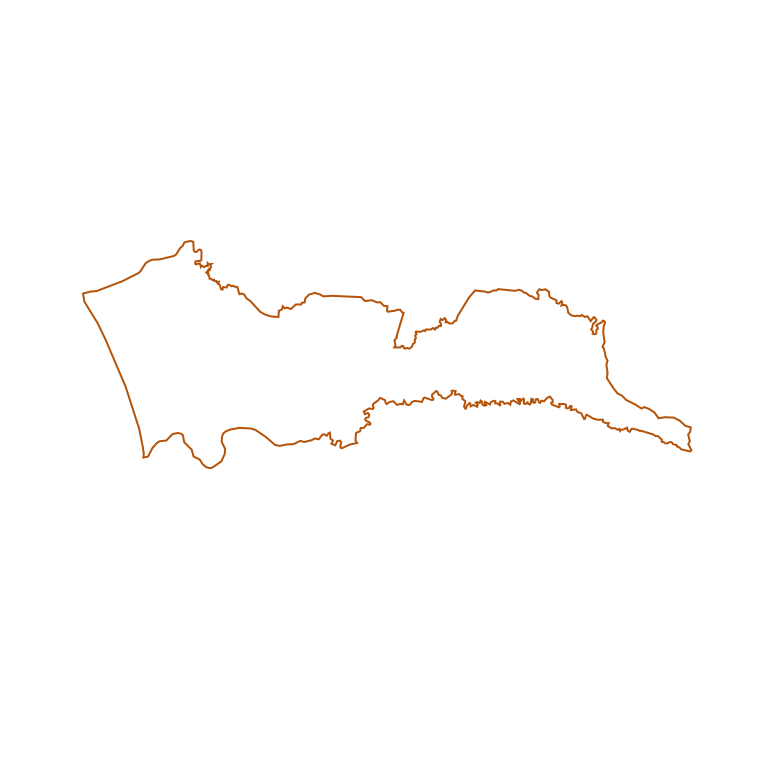 Gio Linh, Quảng Trị, Vietnam (Albers equal-area conic projection), rotated 195°
{"feature_id": "81297802B57271723433997", "entity_name": "Gio Linh", "entity_type": "district", "adm_level": 2, "iso_a3": "VNM", "parent_name": "Vietnam", "parent_adm1": "Quảng Trị", "projection": "albers", "projection_center": [106.934, 16.913], "detail": "fine", "context": "isolated", "style": "outline", "palette": "amber", "viewbox_px": 768, "rotation_deg": 195, "n_neighbors": 0, "source": "geoboundaries", "source_scale": "gbopen_adm2", "svg_char_len": 6146}
<svg xmlns="http://www.w3.org/2000/svg" viewBox="0 0 768 768"><g transform="rotate(195 384 384)"><path d="M586.5,452.1L588.0,450.3L591.1,451.3L591.3,449.9L593.2,452.9L596.6,450.9L597.6,451.3L597.9,453.6L592.8,455.8L592.5,456.6L594.6,464.9L595.8,466.2L597.3,466.1L599.2,463.1L601.1,462.7L602.3,463.7L605.0,471.9L606.9,472.2L609.4,471.4L613.5,469.1L614.2,465.3L616.0,462.7L618.3,455.3L620.1,453.3L632.9,446.3L638.9,444.5L641.9,442.8L645.4,439.2L648.5,429.6L650.0,427.5L663.4,415.5L685.8,399.3L691.2,397.4L698.1,393.5L694.8,386.1L676.1,368.4L664.3,354.6L633.0,314.7L608.9,277.4L600.5,260.4L597.9,254.2L597.4,250.7L593.1,252.9L591.2,261.9L588.1,268.3L585.8,270.7L579.7,273.0L575.2,281.0L570.2,283.4L566.7,283.4L564.9,282.3L561.9,276.0L552.9,270.9L549.1,264.6L542.6,263.4L538.4,259.6L534.4,257.7L530.2,257.7L528.3,258.7L521.1,267.1L519.7,275.2L520.6,280.1L525.8,286.1L526.8,290.8L526.5,294.6L524.4,297.5L520.0,300.6L512.5,304.1L501.6,306.5L496.3,306.4L484.3,302.2L473.6,297.0L468.7,297.2L461.9,300.6L455.8,302.5L450.0,307.5L446.3,307.2L439.2,311.1L437.0,313.4L432.7,313.7L430.4,319.1L429.0,319.9L425.9,319.2L424.8,322.1L423.7,323.0L421.5,317.2L418.6,316.3L419.3,312.6L415.2,312.2L414.4,316.8L412.1,317.8L410.3,316.9L410.0,312.0L408.9,311.0L407.9,311.2L401.1,316.8L394.7,320.1L397.0,322.2L398.3,329.6L394.9,332.1L395.1,335.5L392.1,336.4L390.1,340.7L387.1,341.1L386.7,341.9L387.8,343.2L391.8,343.8L393.1,345.0L392.6,346.7L390.4,347.8L390.2,350.1L390.8,351.1L392.1,351.8L394.7,349.9L396.4,352.3L392.1,356.5L388.5,356.9L387.9,358.2L389.2,360.3L389.2,362.1L385.6,366.4L384.1,369.6L379.0,368.7L377.4,366.1L376.1,365.4L374.0,368.0L370.5,369.8L366.0,367.2L363.1,369.0L360.6,369.2L360.3,373.3L356.9,370.0L354.8,370.0L353.3,371.1L352.5,373.7L349.8,375.7L342.7,376.5L342.1,380.6L341.3,381.4L333.7,380.9L332.4,381.5L332.4,382.6L334.5,384.3L334.8,386.2L331.8,390.7L330.6,390.6L328.3,387.7L326.3,387.7L324.2,385.8L320.6,385.8L316.6,390.7L315.8,392.5L316.9,394.9L315.8,395.4L313.0,395.7L313.1,392.9L312.3,391.9L309.0,393.8L306.7,392.5L304.9,392.5L304.6,390.0L300.9,388.4L300.9,383.1L299.6,381.4L298.6,381.3L298.3,384.8L296.4,387.7L295.8,387.7L294.5,384.9L292.5,386.8L288.0,386.2L288.2,388.4L290.5,389.7L289.9,390.4L286.6,390.6L286.4,393.0L284.7,392.3L283.6,389.6L281.4,389.0L279.8,390.0L281.8,391.6L281.8,392.9L276.3,391.6L276.2,394.0L273.7,396.2L272.1,396.3L271.6,394.1L269.5,394.7L266.7,393.3L266.2,393.9L267.2,395.6L267.1,397.2L264.5,397.6L262.6,396.0L259.3,397.7L256.7,396.7L256.9,400.0L254.9,401.6L247.8,399.6L247.6,400.5L251.2,404.0L248.8,404.8L247.5,402.9L245.7,406.0L244.8,405.6L243.9,401.4L242.2,401.3L240.6,403.5L239.6,402.2L237.9,401.9L237.3,402.9L237.8,407.8L235.8,407.6L235.8,405.1L234.1,404.6L233.3,405.3L233.2,408.7L231.7,409.3L229.2,406.2L228.3,406.1L227.8,408.6L224.9,408.7L222.8,412.9L220.5,414.8L217.0,412.2L216.3,410.1L217.7,409.0L216.6,407.6L209.0,406.8L208.4,407.7L209.7,410.1L204.2,411.4L202.5,410.6L202.2,408.1L200.5,407.9L199.2,408.6L198.6,410.9L197.5,411.2L196.9,410.9L196.8,407.2L192.0,409.2L190.1,407.2L185.9,406.7L181.7,402.0L180.8,402.4L180.8,405.9L180.1,406.8L172.9,404.7L168.2,404.8L163.4,406.2L162.6,404.1L159.0,403.6L156.9,404.5L157.0,401.4L152.7,400.0L149.5,401.1L146.5,400.2L145.1,401.5L143.8,399.7L143.2,401.2L140.8,402.1L137.9,404.7L136.6,402.1L134.3,401.4L133.4,404.5L132.5,405.1L126.2,405.4L124.7,404.6L123.6,405.4L110.6,404.9L108.3,404.0L105.8,404.5L101.2,402.2L100.7,400.0L99.5,400.4L96.7,399.5L95.1,399.9L92.9,402.0L91.2,402.2L89.0,400.6L85.5,400.8L84.9,399.5L82.4,399.2L79.7,397.8L70.7,398.1L69.9,399.4L74.5,404.8L73.8,407.9L77.1,413.9L75.8,417.3L76.5,421.5L82.1,421.6L89.0,425.2L95.6,426.5L104.1,424.6L109.9,422.0L115.6,426.6L121.1,428.4L126.4,429.1L129.1,427.0L135.8,429.2L146.1,431.3L151.0,434.3L155.9,435.3L160.8,438.9L170.3,447.4L170.9,452.4L174.2,460.3L174.1,464.4L176.8,467.4L180.8,475.3L182.6,476.4L181.7,481.4L185.6,490.6L186.7,496.5L186.4,500.5L187.7,501.9L189.0,501.8L189.6,500.0L194.0,496.0L194.1,495.2L192.8,494.7L191.7,492.8L192.8,491.4L192.1,487.7L193.1,486.6L195.4,486.5L195.6,488.6L198.1,490.5L197.4,492.2L197.7,496.2L195.7,498.9L195.3,500.8L198.1,503.0L199.0,502.4L200.7,498.2L205.0,502.1L207.4,500.7L210.8,501.9L212.0,500.3L214.4,500.2L217.1,498.9L221.1,498.8L224.5,500.6L226.9,505.5L228.6,507.0L230.6,507.0L232.9,505.7L232.8,508.5L234.0,510.0L236.1,506.8L238.5,506.9L239.0,509.5L245.8,510.6L247.2,512.1L248.5,515.7L252.6,517.3L255.9,515.5L258.4,515.8L259.1,514.6L259.9,511.6L257.8,510.2L256.9,505.9L260.1,505.5L263.6,507.0L265.6,506.7L270.6,508.7L272.4,508.5L274.7,509.7L277.9,510.0L281.7,507.9L298.2,505.2L299.9,503.3L301.8,503.0L307.1,499.2L310.3,499.4L320.3,497.9L324.3,489.5L330.4,468.9L330.7,463.9L332.0,463.3L333.5,460.3L335.1,459.7L337.4,459.5L338.8,460.5L340.4,459.7L340.7,462.0L342.4,463.3L344.0,460.9L346.0,461.5L346.4,458.8L344.1,456.1L344.0,454.9L346.2,454.2L346.9,452.1L348.7,451.7L348.7,449.9L351.4,450.6L353.0,448.6L357.3,447.7L358.0,445.8L359.2,446.3L362.3,443.8L366.6,443.0L366.8,441.9L365.5,440.6L366.4,438.8L365.1,436.6L365.7,434.5L364.9,432.0L366.5,430.0L366.6,427.4L368.5,424.7L371.0,424.8L372.7,423.7L374.3,424.0L374.9,425.5L376.6,425.5L377.7,423.5L383.6,422.0L382.9,424.2L385.2,428.9L383.5,432.4L384.2,432.9L383.5,457.9L384.9,457.8L387.5,459.8L390.4,459.2L391.8,457.9L399.0,454.8L400.1,455.6L400.8,460.1L404.4,459.5L408.7,462.0L411.9,461.0L417.4,461.8L423.9,459.2L428.6,462.0L457.0,455.7L465.5,452.9L468.5,453.9L474.4,454.1L479.5,451.0L482.2,446.2L481.7,442.3L484.3,441.2L484.5,439.4L489.7,438.0L493.4,432.3L497.5,432.7L499.6,431.3L501.9,432.9L502.0,429.5L504.5,427.5L503.3,421.4L510.8,420.0L517.5,420.4L522.5,421.8L534.3,429.4L539.3,431.3L542.1,434.3L545.1,434.5L546.9,433.3L550.8,439.8L553.2,439.3L555.1,439.8L556.3,438.9L558.7,439.7L560.6,439.3L561.0,436.5L564.5,436.0L564.4,433.4L565.8,433.3L568.4,437.3L570.4,437.8L570.0,440.0L572.0,439.1L572.5,440.1L574.8,439.7L575.2,440.7L576.8,440.0L578.3,440.9L579.8,440.6L581.0,443.4L582.2,443.9L582.1,444.9L584.5,445.7L583.9,446.9L583.0,447.0L583.4,448.3L581.9,448.8L582.7,450.0L581.8,450.3L581.3,452.2L582.6,453.9L581.7,455.3L584.4,454.3L585.6,455.1L584.9,452.3L586.5,452.1Z" fill="none" stroke="#b45309" stroke-width="2"/></g></svg>